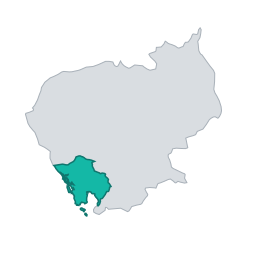 location of Kaôh Kong within Cambodia, rotated 347°
{"feature_id": "KHM-1779", "entity_name": "Kaôh Kong", "entity_type": "Province", "adm_level": 1, "iso_a3": "KHM", "parent_name": "Cambodia", "parent_adm1": "", "projection": "orthographic", "projection_center": [103.349, 11.344], "detail": "fine", "context": "in_parent", "style": "filled", "palette": "teal", "viewbox_px": 256, "rotation_deg": 347, "n_neighbors": 0, "source": "natural_earth", "source_scale": "10m", "svg_char_len": 7870}
<svg xmlns="http://www.w3.org/2000/svg" viewBox="0 0 256 256"><g transform="rotate(347 128 128)"><path d="M220.8,46.6L221.4,48.7L220.0,52.6L218.4,56.2L215.4,59.3L215.3,61.6L214.4,68.5L214.8,70.6L215.5,72.5L216.6,73.5L219.3,80.1L221.9,86.2L224.3,91.1L224.8,94.3L222.8,102.3L220.3,109.7L220.6,113.3L221.8,117.0L223.0,121.9L223.5,128.1L223.0,132.2L221.8,134.8L219.7,137.4L217.8,138.7L215.4,136.6L213.5,136.5L211.1,137.2L209.1,138.2L205.2,142.1L200.8,145.9L194.7,146.9L192.4,149.7L189.9,150.1L185.0,150.3L181.9,150.9L182.0,152.3L181.8,158.9L181.9,160.4L181.4,160.8L179.3,161.0L175.5,160.0L170.5,158.5L166.9,158.3L165.1,161.1L164.0,162.2L162.7,162.4L161.3,162.9L160.8,164.2L160.7,165.8L161.4,168.5L161.7,172.8L161.5,175.8L162.9,177.6L170.6,183.8L172.9,185.4L173.2,186.3L171.8,189.7L173.1,194.5L170.7,194.4L166.6,192.4L164.7,191.2L162.4,192.2L161.6,192.0L160.0,189.7L157.9,187.3L155.8,187.2L151.3,188.1L146.7,188.8L145.0,188.8L144.3,189.3L141.7,192.9L140.5,192.3L135.9,190.9L131.7,190.4L130.8,191.4L131.4,194.3L132.3,197.1L131.8,198.3L129.5,199.9L126.4,202.6L124.5,204.7L123.2,205.2L118.6,205.1L113.9,205.4L112.1,207.4L110.3,209.0L108.8,209.4L102.8,204.5L90.7,202.8L89.4,200.7L88.2,200.3L87.1,203.1L80.5,205.8L77.7,204.2L75.7,202.2L76.0,199.8L77.9,197.8L81.2,196.4L82.7,191.4L80.2,185.1L78.0,183.2L75.7,181.7L73.3,184.1L71.2,188.2L69.1,190.2L66.1,190.7L61.6,190.5L59.9,184.5L59.4,179.3L60.0,173.4L60.6,169.9L56.4,165.1L56.2,160.5L54.1,158.1L53.5,159.3L53.6,160.6L53.0,159.7L46.3,146.2L45.2,139.9L46.4,135.1L47.1,133.5L45.1,131.0L42.4,128.1L37.7,124.3L37.4,118.3L36.3,111.3L34.9,108.9L32.7,104.6L31.6,101.0L31.2,91.5L31.8,90.7L35.2,90.5L39.5,89.8L40.2,88.3L39.4,87.0L42.2,84.9L46.2,80.2L49.3,75.3L51.5,72.2L52.8,69.1L57.3,64.7L63.4,61.7L67.6,61.0L72.0,60.0L76.1,58.5L78.1,58.4L83.3,60.1L86.0,60.6L89.0,60.6L92.0,60.7L94.7,60.5L101.0,59.3L107.7,60.2L113.7,59.5L121.1,58.0L124.8,58.9L128.1,60.3L128.6,63.2L129.3,64.5L130.5,65.5L131.9,65.5L133.8,63.5L135.4,61.4L135.9,61.0L136.0,62.0L136.8,64.3L138.2,66.5L139.6,67.9L142.0,69.9L143.6,69.9L148.7,68.1L156.3,70.7L157.2,72.0L159.7,74.7L162.4,76.7L168.3,76.7L170.4,71.9L169.3,69.0L165.9,63.9L164.9,60.9L166.0,60.3L171.7,59.7L172.6,59.1L173.8,55.8L175.4,56.1L178.6,56.5L181.9,54.2L183.8,51.8L184.9,52.9L186.2,54.6L187.5,55.5L189.9,56.9L192.6,58.9L194.3,60.9L195.6,61.6L199.0,61.0L199.9,61.1L201.8,58.7L203.2,57.4L204.4,57.7L206.1,57.7L209.6,54.6L211.6,51.7L212.6,51.0L215.8,52.3L217.1,52.0L218.9,48.1L220.8,46.6ZM57.7,176.5L57.0,176.9L56.4,176.9L55.8,176.3L55.8,174.1L56.3,172.8L57.4,172.6L57.7,176.5ZM67.7,197.9L66.4,199.4L64.2,196.3L64.3,195.5L67.7,197.9Z" fill="#d9dde1" stroke="#a8b0b8" stroke-width="1"/><path d="M52.8,162.9L53.4,162.1L53.3,159.9L52.8,158.4L51.8,156.8L50.2,154.6L48.6,151.3L48.2,149.5L47.6,148.2L47.4,147.9L48.0,147.9L56.1,148.5L57.5,149.1L58.3,149.5L59.2,149.9L60.1,150.2L60.8,150.3L61.4,150.4L61.9,150.2L62.8,149.6L63.4,149.4L66.9,148.5L68.3,147.7L69.0,147.0L70.1,145.7L70.6,144.9L70.9,144.5L71.2,144.4L72.2,144.4L73.2,144.2L74.1,144.2L75.2,144.5L75.4,144.6L75.7,144.8L76.1,145.2L76.3,145.4L77.2,145.8L77.3,145.8L78.8,147.3L79.4,148.2L79.7,148.5L80.0,148.8L80.8,149.3L81.4,149.6L82.4,149.9L83.1,150.1L83.7,150.4L83.8,150.5L84.9,151.0L85.3,151.2L86.1,151.8L87.5,152.7L87.9,153.0L85.3,153.4L85.1,153.5L84.9,153.8L84.9,154.0L84.9,154.3L85.0,154.6L85.1,154.8L85.1,155.2L85.1,155.7L84.8,156.4L84.7,156.8L84.7,157.2L84.8,158.0L85.5,160.6L85.5,161.0L85.5,161.6L85.5,162.0L85.6,162.4L85.8,162.5L86.3,162.8L86.5,162.8L87.3,163.5L89.9,165.2L90.3,165.5L90.5,166.0L90.8,166.2L91.3,166.3L91.5,166.3L91.9,166.2L92.2,166.1L92.6,166.1L93.3,166.3L93.9,166.6L94.9,167.0L95.6,167.7L95.7,167.9L95.7,168.1L95.2,168.7L95.0,169.2L95.0,169.5L95.1,169.8L95.6,170.9L95.8,171.1L96.3,171.7L96.6,172.1L97.1,173.1L97.3,173.6L97.3,174.0L97.1,174.3L96.8,174.6L96.7,174.9L96.6,175.3L96.4,176.2L96.4,176.6L96.4,176.8L96.5,177.1L96.9,177.5L97.2,177.8L98.3,181.2L97.1,181.5L96.9,181.5L96.7,181.7L96.5,182.6L95.4,184.5L94.9,185.2L94.7,185.3L94.3,185.4L94.0,185.4L93.7,185.3L93.5,185.2L93.2,185.1L92.8,185.3L92.5,185.6L90.8,187.7L87.7,190.4L87.1,190.8L86.8,190.9L86.5,190.9L86.4,190.9L85.6,190.9L85.3,191.0L85.1,191.3L84.8,191.9L84.7,192.2L84.7,192.5L84.7,193.0L84.6,193.3L84.5,193.6L83.9,194.5L83.6,195.1L83.5,195.4L83.3,195.6L82.5,196.4L81.5,197.0L81.5,196.8L81.0,196.6L80.9,196.4L81.1,194.8L81.2,194.5L81.5,194.2L82.0,194.0L82.4,193.7L82.7,193.1L82.8,192.7L82.7,191.2L82.2,189.9L81.1,188.0L80.4,186.1L80.9,184.9L80.2,184.3L79.9,184.2L78.8,184.1L78.3,183.9L78.0,183.6L77.6,182.2L76.8,181.5L75.7,181.1L74.6,181.0L74.9,181.3L74.4,182.0L74.1,182.0L73.9,181.8L73.8,181.7L73.3,181.6L73.3,181.8L73.5,182.2L73.3,182.8L72.6,183.9L73.3,183.5L73.4,183.9L73.1,184.6L72.2,186.3L71.9,187.0L71.8,187.9L71.4,188.9L71.3,189.3L71.4,189.7L71.5,190.3L71.6,190.7L71.4,191.3L70.9,191.6L70.3,191.8L69.8,191.6L69.6,191.8L69.0,192.1L68.7,191.2L67.9,190.7L67.0,190.3L66.3,189.8L64.7,190.7L64.1,191.3L64.2,191.9L63.7,191.9L63.3,191.9L62.9,192.1L62.7,192.4L62.0,192.0L61.1,191.9L60.7,191.7L61.2,191.1L60.0,190.2L59.8,190.1L59.5,189.8L59.7,189.1L60.0,188.5L60.2,188.4L60.1,187.2L59.7,185.3L59.6,184.2L59.8,183.9L60.0,183.5L60.3,183.0L60.4,182.3L60.4,181.7L60.2,181.2L59.6,180.2L59.5,179.6L59.5,179.3L59.3,179.1L59.0,179.0L58.3,179.0L58.1,179.0L58.2,178.5L58.6,178.3L58.9,178.0L58.6,177.6L58.6,177.4L58.9,177.0L59.9,176.0L61.0,175.4L61.4,175.9L61.7,175.9L61.6,175.3L61.3,174.3L61.2,173.8L60.7,174.0L60.4,174.1L60.2,174.3L59.7,173.9L59.6,173.4L59.6,172.9L59.4,172.2L59.2,171.7L58.6,170.9L58.4,170.4L58.7,170.5L58.8,170.5L58.9,171.0L59.2,171.0L59.4,170.5L59.8,170.2L60.2,170.0L60.8,169.9L61.3,170.1L61.9,171.0L62.5,171.2L61.3,169.0L60.9,168.6L61.1,168.2L60.9,168.1L60.7,168.6L60.8,168.9L60.8,169.3L60.5,169.6L60.2,169.6L59.8,169.5L59.4,168.8L58.4,168.3L58.1,167.5L58.1,166.5L58.1,165.8L57.9,166.0L58.0,165.3L58.1,165.0L57.8,165.0L57.6,164.9L57.4,164.5L57.4,165.8L57.3,166.4L57.1,166.8L56.9,166.8L56.5,166.7L56.0,166.8L55.4,167.1L55.1,167.3L54.3,166.3L55.1,165.8L55.3,166.0L55.8,166.5L56.1,166.5L56.0,166.2L55.6,165.7L55.4,165.3L55.4,163.7L55.8,163.3L56.3,163.5L56.9,163.8L57.6,163.7L57.6,163.4L57.2,163.5L56.8,163.4L56.5,163.2L56.4,162.9L56.4,162.7L56.6,162.7L56.6,162.4L56.3,162.6L56.1,162.7L55.9,162.7L55.8,162.4L55.6,161.9L55.4,161.9L55.4,162.7L55.1,162.4L55.1,163.2L54.9,163.2L54.9,162.2L55.1,161.4L55.5,160.8L56.1,160.4L56.5,160.2L56.8,160.1L57.1,160.2L57.5,160.5L58.0,160.7L58.5,160.6L58.9,160.3L59.2,159.8L58.9,159.8L58.6,160.3L58.1,160.3L57.6,160.0L57.1,159.6L56.9,159.6L55.4,160.3L55.2,160.1L54.9,159.6L54.7,159.1L54.6,158.7L54.4,158.4L53.5,157.9L52.3,156.0L52.1,156.0L52.6,157.2L54.4,159.1L54.9,160.3L54.8,161.0L54.4,162.1L54.3,162.7L54.7,164.3L54.7,164.9L54.3,165.8L54.3,165.3L53.9,164.6L53.8,164.1L53.7,163.8L53.1,163.2L52.8,162.9ZM57.4,173.8L57.6,174.2L57.7,174.5L57.8,174.8L57.6,175.1L57.8,175.6L57.8,176.3L57.6,177.0L57.4,177.4L56.9,177.7L56.3,177.7L55.9,177.5L56.1,177.1L55.7,176.7L55.6,175.9L55.6,174.6L55.3,172.9L55.3,172.0L55.6,171.2L55.7,171.4L55.8,171.5L56.3,171.4L56.6,171.3L56.9,171.5L57.4,172.5L57.4,172.9L57.3,173.3L57.4,173.8ZM67.0,197.4L67.1,197.6L67.5,197.6L67.7,197.8L67.8,198.3L67.3,198.5L66.8,198.7L66.5,199.1L66.3,199.6L65.9,199.4L65.8,198.9L65.7,198.5L65.6,198.3L65.6,198.2L64.5,197.8L63.9,197.3L63.5,196.8L63.3,196.2L63.7,195.7L64.4,195.5L65.1,195.6L65.6,196.1L66.0,196.5L66.2,196.9L66.3,197.0L66.5,197.1L66.9,197.1L67.0,197.4ZM57.1,168.4L57.3,168.7L57.7,169.3L57.9,169.6L57.9,169.9L57.7,170.2L57.3,171.0L57.1,171.2L56.8,171.2L56.7,170.8L56.9,169.9L56.5,169.3L56.1,168.6L55.9,167.9L56.4,167.3L57.0,167.7L57.1,167.8L57.2,168.0L57.2,168.3L57.1,168.4ZM68.4,203.0L68.5,203.1L68.5,203.4L68.4,203.7L68.2,204.1L68.0,204.4L67.6,204.2L66.8,203.0L66.5,202.4L66.7,201.9L67.2,201.7L67.6,201.6L67.8,201.7L67.9,202.0L67.5,202.5L67.5,202.8L67.6,203.1L67.7,203.3L68.0,203.3L68.3,203.1L68.4,203.0Z" fill="#14b8a6" stroke="#0f766e" stroke-width="1.5"/></g></svg>